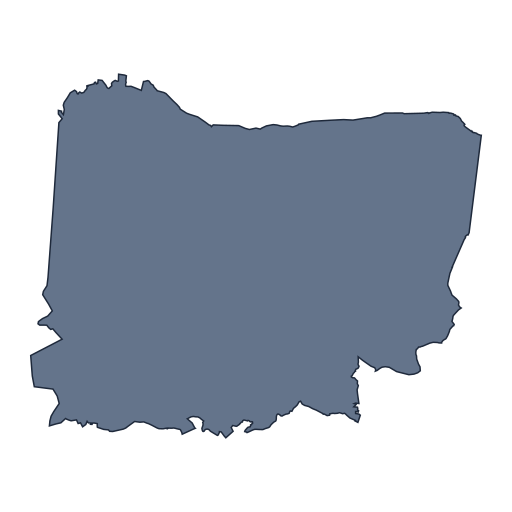 the district of Copándaro, Michoacán, Mexico
{"feature_id": "50627088B77447003325256", "entity_name": "Copándaro", "entity_type": "district", "adm_level": 2, "iso_a3": "MEX", "parent_name": "Mexico", "parent_adm1": "Michoacán", "projection": "orthographic", "projection_center": [-101.212, 19.917], "detail": "fine", "context": "isolated", "style": "filled", "palette": "slate", "viewbox_px": 512, "rotation_deg": 0, "n_neighbors": 0, "source": "geoboundaries", "source_scale": "gbopen_adm2", "svg_char_len": 5989}
<svg xmlns="http://www.w3.org/2000/svg" viewBox="0 0 512 512"><path d="M143.8,421.9L147.5,423.4L148.0,423.4L151.6,425.1L157.1,428.0L159.0,428.7L163.1,428.8L166.2,428.2L167.4,428.1L167.4,428.7L168.5,428.1L171.7,428.2L173.7,428.0L174.8,428.2L177.1,428.8L179.8,429.4L180.4,429.7L181.8,432.5L182.2,434.2L192.9,429.3L195.3,428.3L194.7,427.8L192.2,423.0L187.3,418.8L190.9,416.9L192.9,416.5L193.8,416.5L195.5,416.8L197.8,416.9L199.7,417.8L201.4,419.3L203.7,421.0L202.7,422.5L203.1,423.8L202.9,425.5L201.9,428.3L202.2,430.1L202.7,431.2L203.2,431.5L204.1,431.2L204.9,429.9L205.8,429.3L206.8,429.1L207.4,429.1L208.2,429.3L209.0,429.6L210.4,431.2L217.2,435.3L217.6,435.4L218.0,435.1L218.5,434.6L218.6,433.6L219.2,433.0L219.4,432.5L219.4,431.6L221.2,431.9L224.2,436.0L225.8,437.8L233.1,431.3L231.2,427.5L232.7,425.5L236.3,426.3L237.2,426.0L237.8,425.4L238.7,425.0L238.8,424.7L239.8,424.0L239.8,423.6L240.1,423.5L241.5,422.1L242.4,422.0L242.8,420.6L244.0,420.0L247.6,420.9L248.0,420.4L249.2,420.8L249.5,421.0L249.9,421.6L250.7,421.9L251.4,421.7L252.2,421.7L252.4,421.8L252.3,422.5L252.7,423.0L252.0,423.8L251.6,424.1L251.5,424.7L250.6,424.8L250.5,425.8L250.3,426.7L247.9,427.3L247.0,428.2L245.1,430.4L244.7,431.6L246.6,432.1L247.0,432.6L248.7,431.9L252.5,430.1L254.4,429.4L255.9,429.3L259.2,429.5L262.8,429.6L265.5,428.5L267.9,427.8L268.7,427.5L269.7,426.8L271.0,424.8L272.5,423.3L274.1,421.9L275.4,421.2L275.8,420.9L276.1,420.1L276.3,418.9L276.3,417.6L276.4,416.4L276.6,415.5L277.0,414.7L277.4,414.2L278.1,414.0L279.8,414.7L280.0,414.9L280.1,415.3L280.8,415.8L281.4,416.0L282.2,416.0L283.3,415.3L286.0,414.1L287.2,414.0L289.0,413.4L289.2,413.2L289.7,411.7L290.3,411.0L290.5,411.0L291.9,411.3L293.4,408.5L294.0,407.9L295.5,406.7L297.3,404.9L299.0,401.9L300.6,401.2L302.2,404.0L304.6,405.4L308.7,406.5L312.7,408.7L316.2,410.1L322.9,413.6L323.2,414.2L324.4,414.1L327.1,415.6L329.6,415.2L329.8,414.8L329.8,413.8L332.9,413.3L334.7,413.5L337.3,413.3L339.6,412.7L342.6,413.7L344.6,413.3L345.8,414.2L346.4,414.9L349.9,418.0L355.4,420.4L355.0,420.9L357.9,422.4L360.3,415.2L358.8,414.0L355.6,413.5L355.6,411.5L358.3,412.0L358.6,410.7L357.5,410.1L357.8,409.0L357.5,407.2L353.8,406.8L356.1,404.5L355.4,403.9L354.3,403.6L355.5,403.1L358.9,403.5L357.5,393.6L357.1,389.8L358.3,385.6L357.3,383.7L357.5,381.0L357.2,380.7L356.1,379.8L354.5,377.9L352.5,377.7L351.4,377.0L351.3,376.2L352.0,375.8L352.5,375.0L353.3,373.4L354.4,372.3L354.9,371.3L355.5,371.2L355.4,370.3L355.8,369.3L358.0,368.3L359.0,366.5L358.8,365.7L358.2,364.8L358.0,363.9L358.3,362.8L358.4,361.9L358.2,356.8L362.2,360.0L364.7,361.8L371.0,366.2L374.7,367.7L375.6,369.4L375.6,370.5L375.4,371.1L377.2,370.4L379.7,368.5L382.0,367.2L385.3,366.7L389.3,367.3L396.6,371.6L408.9,374.7L414.0,374.1L417.7,372.8L420.3,370.8L420.0,366.8L418.5,364.1L416.7,359.1L416.5,355.8L415.9,354.4L415.8,352.1L416.3,349.4L417.5,348.7L418.5,347.1L420.2,347.0L421.2,346.5L422.6,346.2L429.6,343.2L432.3,342.5L433.4,342.3L437.5,342.5L439.0,342.9L441.6,343.0L441.6,342.7L441.9,341.9L442.9,340.6L444.3,339.6L445.7,338.9L446.1,338.4L447.6,335.8L449.4,331.4L449.8,329.5L452.9,326.0L453.7,325.7L454.2,324.4L452.0,321.5L452.7,318.6L453.0,316.3L453.7,315.1L455.8,312.8L458.5,309.9L461.2,308.0L459.6,306.9L458.5,305.0L458.9,302.6L458.7,301.5L456.4,298.9L452.0,295.1L450.8,292.0L450.7,291.5L447.8,285.3L447.8,283.2L449.4,275.6L449.6,274.9L449.8,273.6L452.4,267.2L452.1,267.2L464.3,239.3L464.6,239.0L465.5,237.6L465.2,236.9L465.8,236.0L467.4,234.7L468.0,235.0L469.1,232.7L481.3,135.3L480.8,135.3L478.5,134.5L477.0,133.8L476.8,133.4L475.8,133.0L475.1,132.9L474.4,132.6L474.1,132.7L473.3,132.6L472.3,131.5L472.3,132.0L465.3,126.9L464.1,125.7L464.1,125.4L464.2,124.9L464.8,124.3L462.5,121.9L461.6,121.1L460.3,118.5L458.2,116.5L455.9,115.9L455.7,115.2L455.3,114.9L454.8,114.9L454.1,115.3L453.9,115.2L453.9,114.6L453.7,114.1L452.9,113.7L451.8,113.5L451.1,113.2L450.5,113.1L449.1,113.3L449.0,113.1L448.8,112.6L443.2,112.2L440.0,112.5L432.2,112.2L430.7,112.6L429.0,113.3L429.0,112.9L427.8,112.9L427.5,112.6L423.8,113.2L404.2,113.7L402.4,113.0L384.6,113.1L380.2,114.9L376.4,116.3L370.6,117.8L367.3,117.8L353.0,120.1L343.6,119.6L329.5,120.3L311.9,121.3L298.6,124.2L298.2,124.9L295.1,126.2L292.7,127.0L289.9,126.3L287.5,126.0L283.1,126.2L280.6,125.9L277.0,125.0L273.2,124.6L266.4,125.9L261.7,128.1L260.3,129.1L256.0,128.1L249.4,129.5L245.3,128.4L238.7,125.6L222.6,125.3L213.2,124.9L211.4,126.7L210.6,125.4L209.1,125.0L205.1,122.0L197.7,116.9L189.5,114.3L186.6,113.2L180.3,109.2L179.4,107.3L177.0,104.6L172.8,100.6L166.0,93.6L163.8,92.5L157.1,90.7L156.8,90.1L154.0,87.1L153.2,85.2L151.1,84.0L149.0,81.1L147.7,80.6L144.7,81.4L143.5,81.5L141.3,90.4L134.2,87.5L131.0,86.3L128.7,86.4L125.9,86.3L125.6,84.8L125.7,83.7L126.2,82.3L125.8,81.1L126.4,75.8L124.7,75.1L118.6,74.2L118.4,81.0L117.2,81.3L115.2,80.4L113.9,81.1L112.3,82.3L111.5,83.5L111.8,85.8L110.2,87.2L108.9,88.5L107.9,88.2L107.1,87.6L105.8,85.1L102.1,80.4L98.2,79.9L97.7,83.4L96.4,83.9L95.6,82.2L94.5,82.5L94.0,83.9L87.2,85.7L87.6,86.3L86.9,86.4L87.0,88.0L86.4,89.4L85.4,90.2L83.8,92.4L81.7,93.1L79.8,92.0L78.9,92.7L78.0,94.0L77.2,93.6L76.5,91.6L74.6,90.2L70.3,92.8L67.3,97.8L64.2,102.3L63.3,105.2L64.3,109.5L63.4,114.6L61.6,112.5L61.3,112.9L61.6,111.2L58.4,110.4L58.4,114.0L62.2,118.7L58.9,122.6L53.2,207.7L48.0,277.4L47.0,285.7L43.4,291.3L42.7,294.7L48.6,304.1L52.3,310.9L47.7,316.1L42.5,318.6L38.5,321.5L38.0,323.8L39.7,325.1L44.2,325.1L46.8,325.2L48.8,327.8L50.7,329.4L52.8,328.8L56.0,332.6L62.1,339.2L30.7,355.5L32.3,376.0L34.3,386.7L53.0,389.1L57.2,396.0L59.2,403.5L53.7,411.7L51.1,416.2L49.9,420.9L49.4,425.9L55.7,424.0L60.9,422.8L65.6,418.5L66.5,419.1L69.2,420.2L71.1,420.8L76.5,419.9L78.1,423.5L78.7,423.4L80.5,422.8L82.6,426.8L85.8,424.5L87.1,421.3L88.1,422.6L88.5,422.9L91.3,423.1L90.6,424.3L92.0,424.4L92.7,423.1L94.0,423.0L97.3,423.6L97.2,426.1L97.4,427.3L103.7,429.4L108.5,429.9L109.6,431.3L112.7,431.5L123.3,429.1L125.8,428.0L128.1,426.2L134.6,421.5L139.9,422.2L143.8,421.9Z" fill="#64748b" stroke="#1e293b" stroke-width="1.5"/></svg>